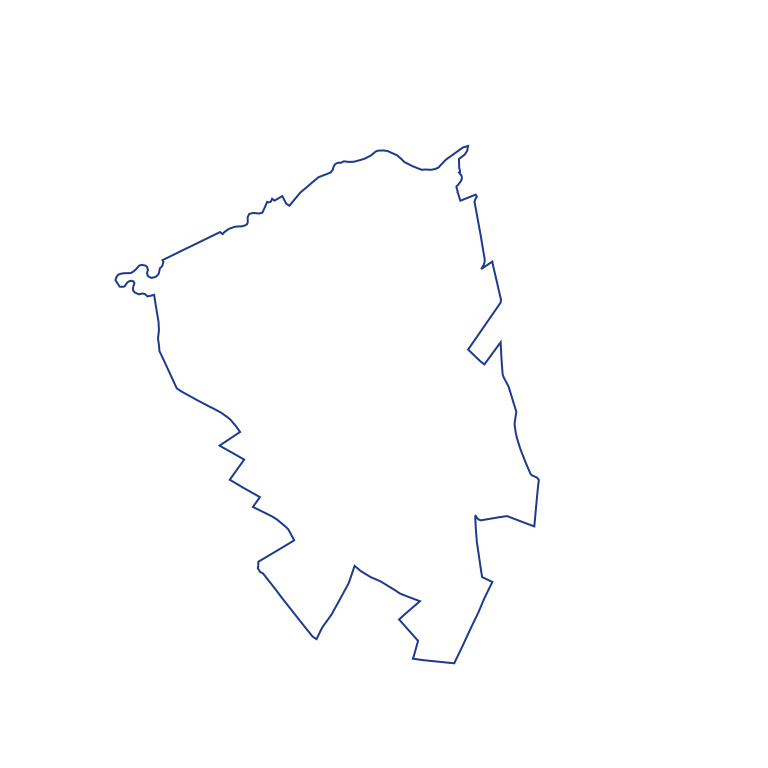 Vladimirescu, Arad, Romania (Robinson projection), rotated 139°
{"feature_id": "2599482B43501336314051", "entity_name": "Vladimirescu", "entity_type": "district", "adm_level": 2, "iso_a3": "ROU", "parent_name": "Romania", "parent_adm1": "Arad", "projection": "robinson", "projection_center": [21.45, 46.185], "detail": "fine", "context": "isolated", "style": "outline", "palette": "blue", "viewbox_px": 768, "rotation_deg": 139, "n_neighbors": 0, "source": "geoboundaries", "source_scale": "gbopen_adm2", "svg_char_len": 3886}
<svg xmlns="http://www.w3.org/2000/svg" viewBox="0 0 768 768"><g transform="rotate(139 384 384)"><path d="M519.6,631.2L519.5,630.7L517.1,628.5L515.7,627.9L511.3,629.0L509.2,628.8L507.2,628.0L505.7,625.7L506.3,623.7L509.1,622.2L510.8,620.8L512.1,618.8L512.0,616.7L511.0,614.3L510.1,612.4L507.0,610.8L505.5,609.0L505.0,605.3L503.0,604.1L499.0,602.1L501.1,598.8L504.4,593.5L513.4,578.8L514.9,576.9L518.7,572.1L524.8,566.5L528.0,561.5L531.9,556.1L534.8,545.7L542.6,519.0L543.2,516.9L543.1,516.2L543.0,515.6L541.7,511.1L540.9,508.8L535.7,494.6L529.8,479.5L529.6,479.4L525.8,469.3L523.9,461.5L523.3,457.5L523.4,449.5L524.1,442.2L528.5,442.8L531.8,443.2L548.5,445.4L548.4,444.9L539.1,418.7L556.3,414.6L563.2,412.9L558.4,398.4L554.2,386.7L551.9,380.0L563.6,377.2L555.4,357.6L553.7,352.1L551.8,340.3L551.7,338.7L551.6,337.0L554.3,325.0L556.6,325.3L567.9,327.3L570.2,327.7L595.4,332.3L596.3,331.4L597.8,329.7L600.2,327.6L600.4,325.8L600.8,323.4L599.6,320.4L600.7,298.0L601.3,290.6L602.0,276.7L603.1,253.0L603.6,240.4L603.0,238.0L602.7,237.0L602.3,235.7L592.8,239.8L588.6,241.2L580.4,243.1L574.7,244.5L560.7,249.6L541.2,256.9L525.5,266.0L525.1,263.6L524.3,258.1L520.6,246.6L517.3,240.0L515.8,236.5L510.8,220.6L509.4,215.4L506.1,208.9L499.4,196.5L518.8,196.6L527.1,196.4L526.8,167.8L540.3,158.9L542.4,157.8L535.9,150.2L514.2,127.1L512.5,127.9L496.9,134.6L495.1,135.4L478.9,142.7L462.8,149.6L448.5,156.6L435.4,162.1L432.1,163.5L436.6,173.9L432.6,180.4L424.1,193.6L417.5,204.0L411.0,212.7L409.6,214.6L401.9,224.4L401.6,224.4L401.3,224.4L401.6,222.8L401.6,219.9L400.3,217.5L389.1,210.7L384.0,207.6L377.8,203.6L368.4,186.0L367.7,184.7L364.0,177.9L361.4,180.4L340.5,200.4L334.0,206.5L330.6,209.5L330.1,210.0L330.0,210.7L330.0,212.0L330.0,213.2L332.4,218.3L332.3,220.3L329.6,228.8L327.7,234.4L323.9,245.1L319.5,255.2L317.1,259.9L312.3,267.4L310.6,269.2L302.4,276.2L291.6,300.4L289.3,310.6L288.1,313.5L281.1,322.9L277.0,328.3L274.5,331.4L274.2,331.8L270.5,336.6L268.6,339.0L295.4,332.9L296.4,337.9L297.9,354.8L247.0,367.8L242.5,369.0L241.8,369.6L240.5,370.7L223.6,402.5L221.9,405.3L235.3,407.0L233.9,407.4L233.2,407.6L232.4,407.9L230.5,408.5L228.3,409.9L227.0,411.1L226.5,411.6L214.6,431.0L213.8,432.3L196.1,462.2L193.3,463.8L191.0,464.4L190.6,466.8L206.1,472.2L205.9,472.8L205.7,473.3L203.9,477.3L203.4,478.5L203.1,479.1L202.9,479.6L202.8,480.0L202.9,480.3L202.0,481.2L201.6,482.0L200.1,485.2L199.7,485.6L197.4,485.7L196.4,485.9L194.6,486.3L192.7,486.7L191.7,487.3L190.6,487.8L189.0,490.0L188.8,490.4L188.6,494.2L188.6,494.4L187.4,494.1L184.9,498.5L179.7,504.7L174.7,504.3L172.4,504.2L168.1,505.5L167.0,506.4L165.3,507.8L164.4,508.5L169.2,510.7L190.0,512.7L197.8,512.0L200.8,511.6L204.4,512.7L208.1,514.9L212.0,518.7L215.0,520.9L219.6,529.7L222.3,536.4L223.0,538.2L223.3,542.6L224.1,548.1L226.5,553.2L228.4,557.5L231.4,560.8L235.5,564.1L237.8,564.9L241.9,565.0L243.2,564.9L246.2,565.6L250.3,566.6L253.7,568.0L259.3,570.7L260.6,571.3L264.6,574.4L268.2,578.4L271.6,579.3L273.1,580.9L274.9,581.6L276.6,581.9L278.4,581.6L280.5,580.4L282.4,579.1L284.1,579.0L285.5,578.6L287.3,579.3L290.2,580.2L291.3,580.7L297.7,583.0L305.8,583.2L311.8,583.2L321.4,583.4L328.9,582.2L338.4,580.6L339.5,584.3L337.5,592.5L346.4,594.3L346.9,597.2L349.1,596.2L350.2,595.9L352.2,597.0L352.7,598.1L359.1,595.0L363.5,593.1L366.5,594.7L370.7,599.1L374.2,600.7L377.4,599.4L380.6,595.6L382.5,594.5L384.9,594.8L388.2,596.5L391.0,598.8L393.3,600.5L399.2,602.8L404.5,603.4L407.4,603.0L408.0,606.2L425.5,610.9L448.1,617.0L469.9,622.8L470.5,620.8L473.9,618.5L477.3,618.3L481.2,615.3L483.1,614.7L485.8,614.6L487.7,615.4L490.0,616.7L490.9,619.0L491.3,620.4L490.8,621.9L490.2,623.0L488.8,624.1L487.3,625.0L486.0,627.9L486.3,629.8L488.8,633.0L491.3,634.0L495.5,633.3L499.0,633.3L501.9,633.7L503.2,634.5L507.4,638.1L510.5,640.0L513.0,640.9L515.9,640.2L517.3,639.4L518.6,638.5L519.6,631.2Z" fill="none" stroke="#1e3a8a" stroke-width="2"/></g></svg>